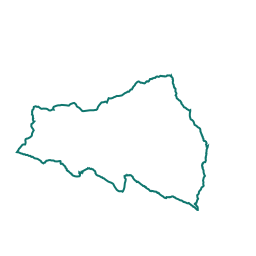 Socotá, Boyacá, Colombia (Mercator projection), rotated 292°
{"feature_id": "7082276B38564050638849", "entity_name": "Socotá", "entity_type": "district", "adm_level": 2, "iso_a3": "COL", "parent_name": "Colombia", "parent_adm1": "Boyacá", "projection": "mercator", "projection_center": [-72.569, 5.942], "detail": "fine", "context": "isolated", "style": "outline", "palette": "teal", "viewbox_px": 256, "rotation_deg": 292, "n_neighbors": 0, "source": "geoboundaries", "source_scale": "gbopen_adm2", "svg_char_len": 5755}
<svg xmlns="http://www.w3.org/2000/svg" viewBox="0 0 256 256"><g transform="rotate(292 128 128)"><path d="M125.9,62.1L124.5,57.7L123.5,56.4L122.9,54.8L121.8,53.3L119.8,51.2L118.6,51.1L117.8,51.6L117.2,52.2L116.8,50.9L115.6,50.0L115.0,49.2L114.8,48.1L115.3,46.4L115.3,45.1L114.3,42.3L113.4,40.7L113.4,40.3L113.4,39.7L114.2,36.8L113.5,35.8L113.6,34.3L112.3,32.8L110.4,33.2L109.8,33.2L108.7,32.6L108.0,32.9L107.1,32.9L106.0,33.6L104.5,33.9L104.5,34.3L103.8,35.2L101.9,36.0L101.5,36.5L101.1,36.3L100.3,36.7L100.0,36.7L99.3,37.5L98.6,37.9L98.8,38.6L97.3,38.1L96.2,37.6L95.5,37.0L95.3,37.0L93.2,37.8L92.0,39.4L91.3,40.6L90.4,41.5L89.8,41.3L87.0,41.1L85.3,41.6L84.5,41.6L82.7,40.7L80.7,39.0L80.2,38.0L79.3,37.3L78.2,37.4L76.5,38.4L75.4,38.7L74.2,38.8L73.5,37.1L72.9,36.4L68.9,35.2L67.9,34.7L66.3,34.6L64.0,34.1L64.5,36.1L64.3,38.0L64.6,39.7L64.4,40.9L65.0,42.1L64.7,43.4L65.4,44.9L65.0,46.4L65.6,48.0L65.5,48.3L65.1,48.8L65.0,49.2L65.6,50.4L64.9,52.6L65.5,55.7L64.8,59.5L63.9,60.6L63.5,62.8L64.5,63.4L65.0,64.1L65.7,64.0L66.3,64.4L67.1,64.6L67.7,65.8L68.3,66.3L69.1,67.8L69.2,69.2L69.9,70.9L70.0,71.5L69.7,72.4L70.2,74.2L70.6,75.1L71.8,77.1L72.0,77.7L71.9,77.9L70.1,78.7L69.6,79.2L70.3,80.7L69.5,82.1L68.8,84.2L68.4,84.6L67.8,84.8L67.2,86.4L66.9,86.6L66.3,86.7L65.9,87.1L65.6,88.1L65.8,88.2L65.5,89.4L64.8,90.7L64.7,91.6L64.4,92.1L64.5,92.7L63.9,93.1L63.3,94.7L63.4,97.0L63.9,98.9L65.1,101.1L65.6,101.2L66.6,101.1L67.2,100.8L67.7,99.8L68.5,99.5L68.3,100.1L68.8,100.0L69.0,101.0L69.0,102.0L70.0,101.6L70.0,102.4L71.0,102.2L74.5,105.1L75.1,105.9L75.5,105.9L75.4,106.2L76.2,107.0L76.0,107.4L75.9,108.5L76.5,109.1L76.3,110.1L76.6,110.8L75.9,112.3L75.8,113.3L74.9,114.3L74.3,114.7L73.9,114.7L72.8,116.2L72.5,117.7L72.7,118.7L72.6,120.4L72.3,121.6L72.6,122.6L72.1,123.3L72.3,124.6L71.7,126.3L70.9,129.9L71.0,132.9L70.8,134.6L70.4,135.5L68.7,137.4L66.5,140.7L66.1,142.2L66.0,143.5L67.0,145.7L66.9,146.8L67.4,147.0L69.7,147.1L71.6,146.9L75.8,145.7L77.5,145.6L79.4,145.2L79.9,144.9L80.6,143.6L82.1,142.8L82.6,143.5L83.1,143.5L83.3,143.7L83.6,144.8L83.9,144.8L83.8,145.0L84.3,145.9L84.4,146.7L84.9,147.0L85.3,148.3L84.8,149.6L84.6,150.6L83.8,151.1L82.6,152.9L82.0,154.3L81.9,155.3L81.2,156.3L81.4,156.6L81.8,156.9L81.9,157.4L81.6,157.6L81.7,158.1L80.6,161.4L80.3,163.0L79.9,163.6L80.0,164.4L80.3,164.8L80.3,165.1L79.7,165.7L79.9,166.7L79.3,167.1L78.9,169.2L79.0,169.8L77.9,172.2L78.2,173.4L78.6,173.6L78.6,173.9L78.9,174.6L78.8,175.4L79.0,175.9L79.0,176.5L79.5,177.9L79.2,178.5L79.3,178.9L79.0,179.2L79.2,179.8L78.9,180.0L79.1,180.6L79.2,181.1L79.0,181.4L78.7,181.5L78.4,182.3L77.8,184.8L77.7,186.1L77.2,187.1L77.0,188.8L77.5,189.3L77.5,189.6L78.1,189.5L78.4,189.6L78.8,191.2L79.4,191.9L79.3,192.5L79.8,193.0L79.9,193.5L80.8,194.1L81.4,195.2L81.4,195.7L81.1,196.3L81.2,196.8L81.0,197.3L81.2,197.7L80.7,198.9L80.8,201.2L80.5,203.5L80.9,204.9L80.5,206.6L80.2,207.1L80.5,207.6L80.4,208.3L80.6,209.0L80.4,211.0L80.6,211.9L81.2,212.3L81.2,212.7L80.8,213.4L80.5,215.0L80.0,215.8L80.1,217.1L79.4,217.9L79.5,219.2L79.4,219.8L78.8,220.6L78.3,222.3L78.0,222.9L78.2,223.4L80.0,222.6L80.9,222.0L81.3,221.1L82.2,219.9L82.3,218.8L82.6,218.4L83.5,218.7L84.2,219.5L87.3,219.2L88.1,219.5L88.9,219.4L89.3,218.6L91.6,217.3L92.6,217.9L93.7,218.2L95.3,217.7L96.9,218.0L98.2,218.6L100.4,218.5L101.9,219.5L102.8,219.8L104.3,218.7L106.0,218.3L107.3,217.3L110.5,216.8L112.4,217.3L113.2,216.3L115.0,214.8L117.0,213.9L118.6,212.2L119.6,212.0L119.8,211.3L120.6,211.1L121.1,210.6L122.1,210.5L122.6,210.7L122.9,210.5L123.2,210.8L124.0,210.7L124.9,211.5L125.3,212.4L125.7,212.4L127.2,212.3L128.7,211.4L129.2,211.4L129.5,211.1L130.0,211.2L130.4,210.9L132.4,210.7L133.0,210.4L133.6,210.4L133.9,209.9L135.4,209.7L137.3,209.0L140.0,209.0L141.0,208.8L140.2,208.4L140.1,207.9L141.6,207.0L142.0,206.5L143.3,206.6L143.5,206.3L144.4,205.6L144.8,204.4L144.6,203.9L144.5,203.2L145.1,202.4L145.8,202.3L146.5,201.8L147.0,200.9L148.0,200.5L148.4,199.7L149.1,199.4L149.3,198.8L150.1,198.3L151.0,197.3L151.4,197.1L151.8,196.5L153.2,195.9L154.2,195.2L154.7,194.2L154.9,192.3L155.6,190.8L155.9,188.5L157.9,186.9L158.7,186.1L159.4,184.5L159.4,183.6L159.6,182.8L161.4,181.4L162.3,180.8L164.6,179.9L167.3,179.3L167.9,179.0L167.3,178.5L167.2,177.9L167.6,176.2L167.6,175.3L168.0,174.7L168.3,173.5L168.2,172.2L169.6,170.3L170.6,168.4L171.1,168.0L171.5,168.0L172.8,166.1L172.8,164.9L173.4,163.7L173.8,162.1L175.5,161.0L176.1,159.9L177.9,160.1L178.6,159.6L179.6,158.3L182.1,157.4L182.4,156.3L182.8,156.2L183.0,155.5L183.5,155.3L183.9,154.8L185.4,154.0L185.8,153.2L186.6,152.6L187.4,152.4L187.9,152.1L188.4,152.2L189.3,151.8L189.7,151.2L190.2,151.2L190.9,150.8L191.9,149.1L192.7,148.4L192.0,148.3L192.3,147.4L192.3,146.6L191.7,145.6L191.5,144.7L191.0,144.6L190.2,144.0L189.5,142.8L189.6,141.9L189.0,141.2L189.0,140.0L188.6,139.5L188.6,138.7L188.4,138.4L187.3,137.8L186.9,137.3L186.7,135.7L186.0,134.9L184.7,134.5L184.4,133.6L183.4,132.6L183.2,132.1L182.5,131.9L182.5,131.5L182.1,131.2L181.7,130.1L179.2,129.8L179.0,129.5L178.7,129.4L178.7,128.9L178.5,128.6L178.5,128.2L178.0,128.1L177.8,127.6L175.9,126.9L175.5,126.5L175.1,123.6L174.7,122.7L175.2,120.7L175.1,120.3L174.2,119.4L172.6,118.7L171.4,118.3L170.2,118.3L168.1,117.4L167.2,117.5L166.7,117.2L165.3,117.2L164.6,116.1L164.3,115.9L162.1,115.4L161.8,115.0L161.6,114.0L160.6,113.5L159.2,112.1L155.9,110.1L154.3,107.6L153.5,105.6L152.0,104.3L151.3,103.4L150.3,102.7L149.2,101.4L148.6,100.1L148.4,98.9L143.7,98.9L144.0,97.8L144.0,97.2L143.5,96.5L142.9,96.0L141.8,93.9L141.3,93.8L140.7,93.4L139.5,93.2L139.0,92.9L136.4,92.3L133.9,92.4L132.8,91.7L132.5,90.9L131.5,89.4L130.2,86.1L127.0,80.5L126.6,79.3L128.4,75.5L128.7,72.9L129.0,72.3L130.4,70.9L131.1,68.8L130.6,67.9L128.8,65.9L127.9,65.3L126.7,64.9L126.4,64.3L125.9,62.1Z" fill="none" stroke="#0f766e" stroke-width="2"/></g></svg>